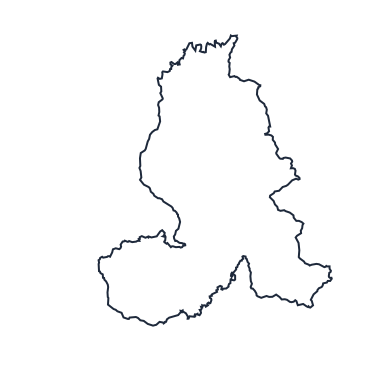 Rosário do Sul, Rio Grande do Sul, Brazil (Mercator projection), rotated 74°
{"feature_id": "56859067B54668375607897", "entity_name": "Rosário do Sul", "entity_type": "district", "adm_level": 2, "iso_a3": "BRA", "parent_name": "Brazil", "parent_adm1": "Rio Grande do Sul", "projection": "mercator", "projection_center": [-55.098, -30.378], "detail": "fine", "context": "isolated", "style": "outline", "palette": "slate", "viewbox_px": 384, "rotation_deg": 74, "n_neighbors": 0, "source": "geoboundaries", "source_scale": "gbopen_adm2", "svg_char_len": 5986}
<svg xmlns="http://www.w3.org/2000/svg" viewBox="0 0 384 384"><g transform="rotate(74 192 192)"><path d="M52.5,143.4L52.2,147.5L57.0,149.8L52.4,151.5L48.6,150.9L48.3,153.5L53.5,158.2L53.6,159.4L52.8,160.0L53.1,160.9L54.8,160.0L55.5,161.2L56.7,160.7L58.1,161.4L58.7,162.5L61.1,163.8L60.3,165.1L61.8,167.7L63.8,168.6L66.0,168.7L65.8,170.5L63.5,170.4L64.4,172.5L64.1,173.8L61.4,175.9L61.6,177.1L63.5,177.5L65.2,176.0L66.2,177.5L68.0,178.1L67.8,179.2L69.6,180.1L70.0,182.5L68.1,186.7L68.7,187.6L70.7,187.9L74.5,189.7L74.4,191.8L72.8,193.2L73.4,193.8L79.9,194.3L82.2,192.7L86.9,193.8L88.2,195.2L93.9,194.3L94.8,194.8L96.5,199.2L99.0,200.6L101.9,200.4L106.1,201.4L109.3,203.1L110.4,202.3L115.4,203.2L122.2,208.0L122.2,210.6L123.4,213.7L125.4,216.6L129.2,218.6L131.2,220.6L137.8,224.6L139.0,225.9L140.4,230.5L145.2,232.7L152.7,234.5L154.4,235.9L157.7,235.6L164.1,236.7L166.0,238.6L171.7,236.2L175.3,232.3L176.8,231.5L180.4,231.5L183.1,229.6L185.2,229.3L188.7,226.3L188.9,225.2L190.7,222.8L193.3,222.1L200.3,215.8L202.0,215.0L204.6,214.9L205.4,213.6L207.6,212.4L209.0,212.4L209.8,211.7L211.7,212.2L213.7,211.6L217.5,211.7L223.6,215.2L224.9,218.1L228.2,219.9L229.7,221.7L231.7,222.0L234.5,221.6L234.6,220.3L237.4,218.1L238.4,215.6L239.2,215.1L239.3,214.0L240.3,213.0L241.4,213.2L241.3,215.4L242.3,216.7L242.3,218.2L241.3,219.2L240.6,222.7L239.0,225.2L238.7,226.4L239.2,227.5L234.3,229.7L234.7,230.7L232.6,232.4L231.9,232.3L231.3,231.2L227.9,229.8L227.1,229.9L227.5,230.7L226.6,232.1L226.4,231.1L223.8,229.5L220.5,231.2L221.2,233.5L224.9,238.1L224.5,243.5L222.8,246.0L223.7,246.5L222.9,247.3L223.1,249.4L220.6,252.4L221.0,254.7L222.7,255.1L222.5,256.1L224.5,256.0L223.9,257.7L224.3,259.3L223.7,263.3L221.8,266.0L222.2,266.7L222.1,267.7L220.2,270.1L220.8,271.1L220.5,272.3L222.9,275.1L225.0,275.2L226.4,276.4L226.9,277.7L225.1,280.8L225.3,283.8L228.1,285.4L231.6,288.6L230.8,289.4L230.6,290.7L231.0,291.6L230.6,295.5L229.5,296.2L230.0,298.4L231.3,299.2L231.8,300.6L234.3,300.8L235.5,301.6L242.5,303.2L243.0,302.5L244.8,302.3L246.6,300.5L249.9,301.2L250.4,300.2L252.1,300.4L254.3,299.2L257.8,298.5L260.3,298.8L265.2,300.9L269.8,301.9L270.8,301.6L277.1,303.8L282.9,299.6L284.2,297.8L286.1,296.6L288.7,293.0L293.7,292.4L296.3,288.7L296.6,287.6L295.5,286.6L296.7,280.4L298.1,278.7L301.1,277.0L302.6,273.9L306.6,270.9L309.7,266.3L309.8,262.9L307.9,259.0L309.6,255.6L310.5,255.5L310.2,254.4L309.4,253.8L309.6,252.7L307.5,251.2L306.5,248.6L306.5,239.2L304.1,235.5L303.1,235.6L303.6,234.5L303.3,233.6L304.4,233.7L306.9,231.3L310.8,230.3L312.6,231.1L312.8,230.2L310.8,228.6L312.7,223.8L312.2,223.1L311.3,223.5L310.4,222.9L310.9,221.7L310.6,220.2L311.5,220.2L312.5,218.7L311.0,216.9L310.0,216.5L307.5,217.0L307.7,215.7L306.6,214.8L305.0,214.9L305.5,213.9L303.7,213.4L304.4,212.6L304.2,211.6L304.8,210.4L306.0,210.3L305.3,207.9L303.9,208.3L303.3,207.7L302.9,206.6L304.0,205.8L303.8,204.9L301.2,203.1L299.8,203.0L298.7,204.0L297.2,203.8L297.2,201.5L296.3,201.6L295.8,200.8L294.9,195.5L293.2,195.7L292.9,194.0L290.7,193.8L290.0,190.8L291.1,189.4L293.6,190.6L294.3,189.6L293.5,188.9L294.2,185.7L293.0,182.9L291.9,182.7L290.5,181.6L290.3,180.3L286.6,179.0L286.4,178.1L287.5,177.9L288.5,175.9L288.1,174.7L284.3,173.6L283.2,174.1L282.5,175.7L284.1,176.4L284.5,177.3L283.4,177.7L281.3,176.7L280.5,175.8L281.1,174.7L278.6,170.9L276.8,170.5L276.7,169.2L274.6,168.0L274.0,166.6L273.0,166.2L271.4,164.4L271.7,163.1L270.8,162.6L270.3,161.2L268.0,161.3L267.7,160.4L268.8,158.3L270.7,158.6L271.3,157.9L274.6,157.8L276.6,156.9L278.3,158.2L281.7,157.7L282.9,158.2L285.6,157.6L289.1,159.1L293.9,160.0L296.7,159.7L299.5,161.8L301.0,161.6L301.6,160.2L304.2,158.9L307.3,158.1L309.2,158.4L310.3,157.7L312.8,154.6L312.5,149.0L314.1,146.8L314.9,143.6L313.8,139.4L317.2,136.7L320.0,135.4L320.7,132.3L321.8,130.4L324.5,128.3L325.3,126.8L325.5,124.5L324.5,122.6L325.7,121.7L330.0,121.5L330.3,116.0L333.5,113.4L334.5,112.3L334.0,111.5L335.2,111.0L335.7,110.1L334.3,106.9L329.7,106.9L328.4,107.5L323.9,103.3L321.9,98.9L320.9,98.5L319.5,96.6L319.1,93.6L318.0,92.2L316.0,91.1L316.2,87.3L314.9,86.0L315.6,83.7L313.9,81.6L312.9,81.6L312.6,83.0L311.6,83.7L310.6,83.7L307.5,82.3L307.1,80.9L306.1,80.2L303.7,80.9L301.4,80.3L300.7,82.9L300.1,83.3L300.7,84.3L300.7,85.5L296.5,89.8L295.4,92.2L294.9,96.9L295.1,99.2L294.1,99.7L291.6,103.0L289.7,103.5L285.5,106.7L284.0,107.3L277.6,104.9L270.3,103.6L264.3,104.9L263.0,103.1L261.7,98.5L259.2,98.1L257.2,96.1L254.3,94.9L253.1,93.6L251.1,94.9L249.2,97.2L248.5,99.7L244.7,101.3L242.4,100.9L238.7,103.7L236.2,107.3L234.9,108.4L234.5,112.1L232.9,114.2L229.7,114.1L226.8,115.7L223.1,116.0L218.5,118.6L217.0,117.9L215.7,113.7L214.3,112.4L214.8,107.9L212.2,103.5L212.1,99.8L211.5,97.9L208.4,92.5L207.9,88.3L209.4,86.4L209.2,85.0L208.1,84.8L206.1,86.0L204.7,87.9L203.6,88.2L200.0,86.6L198.1,86.8L197.0,88.2L196.5,90.4L194.0,88.6L192.0,89.0L190.4,87.3L189.3,87.2L186.8,88.4L184.7,92.5L184.5,94.8L185.2,95.5L184.3,98.0L183.3,98.7L178.5,100.4L177.6,100.3L174.4,97.4L169.2,98.9L167.3,98.6L164.1,100.0L161.3,99.0L159.5,100.1L158.0,102.5L157.2,105.7L156.3,105.7L156.3,103.7L154.9,101.2L151.1,100.7L150.3,99.9L150.6,98.8L139.7,97.9L136.9,99.0L133.5,97.4L131.0,97.4L129.8,98.2L127.2,98.3L122.7,101.7L116.2,102.7L111.3,100.9L110.8,99.8L109.6,99.5L109.2,97.3L108.2,96.9L107.6,98.0L103.1,101.5L99.7,106.5L99.9,111.5L97.4,115.0L96.3,115.1L93.6,117.3L93.3,118.6L92.3,119.2L92.1,123.7L89.3,124.4L88.3,123.5L84.4,121.9L81.7,121.6L78.3,120.2L76.8,121.0L75.4,120.5L73.3,118.3L70.4,118.2L68.4,116.3L68.2,115.4L65.8,114.3L62.9,110.9L60.5,110.9L60.4,109.4L57.6,106.5L56.6,106.0L55.0,106.6L54.0,105.9L53.1,110.9L52.3,111.5L54.9,113.3L58.9,119.4L59.2,120.7L57.4,121.5L57.6,122.6L59.9,124.1L56.8,125.2L55.2,127.5L53.0,127.4L53.0,128.3L54.0,128.8L58.7,129.8L54.7,133.6L54.9,134.7L53.0,135.8L53.7,136.8L56.6,138.5L61.4,140.2L61.3,141.8L60.5,142.3L60.4,143.4L58.8,145.6L56.7,143.7L54.5,142.9L53.1,142.8L52.5,143.4ZM304.1,235.5L304.9,234.8L304.4,233.7L303.6,234.5L304.1,235.5Z" fill="none" stroke="#1e293b" stroke-width="2"/></g></svg>